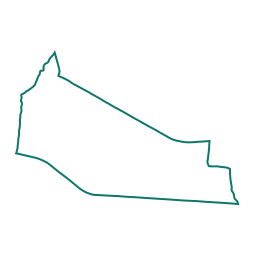 Din Daeng, Bangkok Metropolis, Thailand (orthographic projection), rotated 91°
{"feature_id": "78962969B98953458091915", "entity_name": "Din Daeng", "entity_type": "district", "adm_level": 2, "iso_a3": "THA", "parent_name": "Thailand", "parent_adm1": "Bangkok Metropolis", "projection": "orthographic", "projection_center": [100.56, 13.778], "detail": "fine", "context": "isolated", "style": "outline", "palette": "teal", "viewbox_px": 256, "rotation_deg": 91, "n_neighbors": 0, "source": "geoboundaries", "source_scale": "gbopen_adm2", "svg_char_len": 3625}
<svg xmlns="http://www.w3.org/2000/svg" viewBox="0 0 256 256"><g transform="rotate(91 128 128)"><path d="M139.6,46.3L139.6,46.7L139.7,47.1L139.8,48.5L140.1,51.5L140.3,53.4L140.5,56.7L140.5,56.8L140.5,57.1L140.9,60.7L141.1,63.2L141.3,68.1L141.1,71.4L140.8,73.6L139.7,79.6L138.5,83.6L138.1,84.5L136.6,87.5L133.4,93.3L131.5,96.9L131.2,97.3L129.6,100.2L128.7,102.0L125.7,107.7L125.1,108.9L119.2,119.8L118.0,122.1L114.9,127.7L112.4,132.2L111.6,133.7L108.3,140.0L106.3,143.8L103.7,148.4L102.7,150.5L99.4,156.0L99.1,156.6L98.1,158.4L97.5,159.6L97.0,160.5L95.8,162.7L95.0,164.3L94.6,165.1L93.7,166.6L93.2,167.3L92.9,167.8L90.0,173.5L88.7,176.0L87.9,177.5L84.9,183.4L84.2,184.6L81.9,188.0L79.7,192.3L77.1,198.5L75.0,197.9L73.8,197.6L72.1,197.5L70.7,197.7L70.3,197.8L64.3,199.5L53.9,202.6L54.4,202.9L56.4,204.2L59.1,206.8L59.8,207.2L61.1,208.0L63.3,208.9L63.5,209.0L64.4,210.1L65.2,211.7L65.3,211.8L65.4,212.0L65.5,212.2L66.2,212.7L66.3,212.8L66.6,213.0L68.0,213.5L68.5,213.6L68.9,213.6L70.1,213.4L71.0,213.3L71.3,213.3L71.6,213.5L71.8,213.6L72.0,213.9L72.1,214.2L72.3,215.4L72.3,216.3L72.7,216.7L74.4,217.1L75.2,217.1L75.8,217.2L76.5,217.6L77.2,218.2L78.2,218.7L80.9,219.7L82.2,220.2L82.4,220.2L82.7,220.4L82.8,220.5L84.3,221.0L85.3,221.4L86.3,221.8L86.7,222.1L87.5,222.8L88.1,223.4L88.5,223.7L88.7,224.0L89.3,224.7L90.1,225.7L90.2,225.9L90.7,226.6L91.4,227.4L91.9,228.1L92.0,228.2L92.6,229.6L92.9,230.2L94.8,232.0L95.9,234.1L96.2,234.9L96.3,235.0L96.5,235.2L96.7,235.3L96.9,235.3L97.3,235.3L97.7,235.2L98.3,235.0L99.0,234.9L99.4,234.9L99.7,234.9L100.3,235.1L100.8,235.2L101.5,235.4L101.8,235.5L102.2,235.5L102.6,235.6L102.8,235.6L103.0,235.6L103.2,235.4L103.3,235.3L103.5,235.0L103.7,234.9L103.8,234.8L104.9,234.5L105.1,234.5L105.7,234.5L105.8,234.5L106.0,234.5L108.0,234.8L108.3,234.9L108.8,235.1L109.0,235.1L109.9,235.1L110.1,235.1L110.3,235.1L112.1,234.8L112.7,234.8L114.1,235.1L117.0,235.9L117.8,235.9L118.7,235.8L118.8,235.8L119.4,235.9L121.8,236.2L122.5,236.2L125.5,236.1L126.1,236.1L127.2,236.2L128.9,236.3L129.9,236.4L130.3,236.5L130.7,236.6L130.9,236.6L132.2,236.8L132.3,236.8L132.6,236.8L132.9,236.9L133.2,236.9L133.3,236.9L133.8,236.9L134.1,236.8L135.0,236.8L135.5,236.8L135.9,236.8L138.6,237.1L140.7,237.5L142.4,237.5L143.1,237.5L144.6,237.7L144.8,237.7L145.2,237.8L150.0,238.1L151.7,238.5L153.2,238.8L155.1,239.3L155.3,239.4L155.8,236.7L158.3,225.1L159.4,219.9L160.2,217.2L160.7,215.7L162.1,212.3L164.1,208.3L165.7,206.0L167.2,204.1L173.7,195.7L178.9,188.5L185.2,180.5L189.9,174.5L191.9,171.2L193.4,168.2L194.2,165.6L195.1,162.8L195.4,161.0L195.5,158.7L195.8,150.6L196.0,146.6L196.2,137.6L196.8,127.8L197.2,117.2L197.6,110.3L198.0,101.5L198.4,93.0L198.8,84.0L199.2,77.0L199.5,71.6L199.9,57.8L200.5,48.0L200.8,40.3L200.9,39.5L200.9,37.8L201.4,28.2L202.0,17.0L202.1,16.6L201.3,16.8L200.8,17.0L200.2,17.2L199.7,17.4L199.5,17.5L199.4,17.6L199.0,18.0L198.9,18.0L198.7,18.2L198.3,18.6L196.9,20.0L196.7,20.1L196.1,20.4L193.9,20.8L192.6,21.0L192.1,21.2L191.7,21.3L191.1,21.7L190.9,21.8L190.7,21.9L190.2,22.3L189.4,22.8L188.7,23.3L188.4,23.3L188.2,23.4L186.9,23.3L186.3,23.2L185.9,23.2L185.3,23.3L183.3,23.6L179.8,24.2L179.1,24.4L178.9,24.4L178.5,24.5L177.0,24.7L175.1,24.9L173.2,25.1L169.6,25.2L167.2,25.3L167.1,25.7L166.9,25.8L166.8,26.0L166.4,27.0L166.0,28.1L165.8,28.9L165.2,35.1L164.9,37.1L164.8,38.1L164.8,38.4L164.8,39.1L164.8,39.7L164.9,42.4L164.8,46.2L164.8,46.3L164.4,46.6L162.3,47.6L160.6,48.0L160.4,48.0L160.0,48.0L157.7,47.6L156.8,47.5L156.4,47.5L156.2,47.5L155.6,47.4L155.3,47.4L155.1,47.4L154.8,47.3L150.6,46.9L146.2,46.5L143.6,46.5L140.5,46.3L139.6,46.3Z" fill="none" stroke="#0f766e" stroke-width="2"/></g></svg>